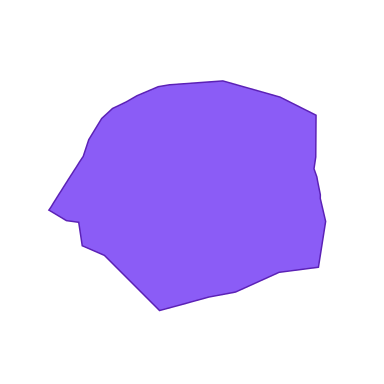 Cogt-Ovoo, Ömnögovi, Mongolia, rotated 162°
{"feature_id": "93677404B91426853528809", "entity_name": "Cogt-Ovoo", "entity_type": "district", "adm_level": 2, "iso_a3": "MNG", "parent_name": "Mongolia", "parent_adm1": "Ömnögovi", "projection": "orthographic", "projection_center": [105.361, 44.337], "detail": "fine", "context": "isolated", "style": "filled", "palette": "violet", "viewbox_px": 384, "rotation_deg": 162, "n_neighbors": 0, "source": "geoboundaries", "source_scale": "gbopen_adm2", "svg_char_len": 883}
<svg xmlns="http://www.w3.org/2000/svg" viewBox="0 0 384 384"><g transform="rotate(162 192 192)"><path d="M333.7,219.0L320.3,203.6L309.1,198.2L313.0,174.8L294.9,158.8L259.5,89.3L229.2,87.8L228.3,87.8L208.5,86.9L181.5,83.4L134.0,88.7L95.0,81.4L74.0,122.7L72.8,136.6L72.0,146.2L70.8,149.7L69.2,163.4L68.6,167.7L68.8,176.4L63.5,187.0L51.2,224.0L50.3,226.7L59.9,236.2L79.0,255.1L128.3,288.1L180.1,300.9L191.6,302.6L214.4,300.6L226.8,298.0L241.8,296.0L255.2,289.8L274.0,273.7L284.5,259.4L286.1,258.2L287.6,257.0L290.0,255.1L290.9,254.3L295.1,250.8L297.0,249.3L299.9,246.9L300.1,246.7L301.4,245.7L304.8,242.9L305.7,242.2L307.8,240.4L309.8,238.8L310.7,238.0L312.2,236.8L312.9,236.2L314.7,234.7L315.5,234.0L317.6,232.3L319.7,230.6L320.6,229.8L322.2,228.5L324.2,226.8L326.4,225.0L327.7,223.9L329.5,222.3L331.2,220.9L333.7,219.0Z" fill="#8b5cf6" stroke="#5b21b6" stroke-width="1.5"/></g></svg>